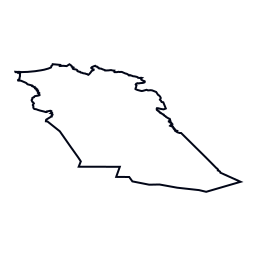 Húnavatnshreppur, Norðurland vestra, Iceland
{"feature_id": "244011B27584551294957", "entity_name": "Húnavatnshreppur", "entity_type": "district", "adm_level": 2, "iso_a3": "ISL", "parent_name": "Iceland", "parent_adm1": "Norðurland vestra", "projection": "equal_earth", "projection_center": [-19.834, 65.207], "detail": "fine", "context": "isolated", "style": "outline", "palette": "ink", "viewbox_px": 256, "rotation_deg": 0, "n_neighbors": 0, "source": "geoboundaries", "source_scale": "gbopen_adm2", "svg_char_len": 5171}
<svg xmlns="http://www.w3.org/2000/svg" viewBox="0 0 256 256"><path d="M116.2,176.9L129.2,177.0L132.4,181.4L149.2,184.7L159.5,184.5L177.2,187.7L199.0,190.1L206.2,191.8L240.6,181.8L220.4,172.7L220.2,171.9L220.0,171.6L219.3,171.2L218.6,170.6L217.8,170.4L217.8,170.2L218.0,169.5L217.7,169.2L217.4,168.9L216.8,168.3L216.5,168.2L206.1,157.7L181.1,133.0L179.6,133.0L177.9,132.4L177.4,132.3L176.8,131.9L177.1,131.7L177.0,131.4L176.6,131.0L176.6,130.9L176.4,130.9L176.5,130.8L176.4,130.7L176.2,130.7L176.4,130.6L176.1,130.5L175.9,130.5L175.7,130.5L175.6,130.4L175.3,130.5L174.8,130.1L174.8,129.8L174.7,129.7L174.9,129.5L174.8,129.4L174.5,129.3L174.6,129.1L174.1,128.8L174.3,128.7L174.0,128.4L173.8,127.9L173.6,127.8L173.5,127.6L173.3,127.5L173.1,127.1L172.8,127.0L172.8,126.9L172.5,126.8L172.5,126.7L172.0,126.4L171.7,126.3L172.2,126.1L171.6,125.6L171.0,125.5L171.3,125.3L170.7,125.2L170.9,125.0L170.8,124.9L170.4,124.9L170.8,124.8L170.4,124.7L171.2,124.6L171.4,124.6L171.6,124.2L171.4,124.0L171.4,123.9L171.9,123.7L171.4,123.2L171.1,122.7L170.7,122.6L171.0,122.3L170.8,122.1L170.1,121.9L169.1,121.7L168.8,121.6L168.8,121.3L169.3,121.2L170.0,120.7L169.6,120.4L169.6,120.2L170.0,119.8L169.8,119.3L169.9,119.2L169.7,118.8L168.9,118.6L167.9,118.0L167.4,117.8L166.8,117.3L166.1,117.0L165.5,116.2L164.7,115.9L164.2,115.4L163.8,115.2L163.5,114.9L163.6,114.6L162.0,113.8L161.8,113.6L161.1,113.3L161.1,113.1L160.9,112.9L160.1,112.7L160.1,112.4L159.3,112.0L159.1,111.7L159.1,111.4L158.3,111.1L157.7,110.5L157.0,110.1L156.8,109.8L156.8,109.5L157.2,109.2L156.8,109.0L156.7,108.9L156.8,108.4L156.9,108.2L157.9,108.2L160.7,108.9L163.1,109.3L163.7,109.3L164.4,109.1L165.8,108.5L163.3,102.3L161.7,102.0L161.3,101.6L161.1,100.9L159.9,99.7L160.7,98.3L160.7,97.8L160.1,96.6L159.0,95.4L158.0,94.8L156.2,92.0L152.2,90.4L151.7,90.3L150.5,90.2L148.0,90.4L146.6,89.8L142.7,90.9L141.5,91.0L140.6,90.8L137.6,90.0L136.1,89.4L135.5,89.1L135.5,88.5L135.7,88.0L135.8,87.7L136.1,87.2L136.3,85.7L136.5,85.3L136.4,85.2L135.9,84.9L135.7,84.5L135.8,84.4L136.1,84.1L136.3,83.9L136.3,83.7L137.4,83.2L138.9,83.4L139.6,83.2L143.0,82.9L144.2,82.5L144.6,82.3L144.8,81.7L144.6,81.2L143.6,80.9L142.6,80.5L141.2,79.5L141.2,79.1L141.5,78.1L141.8,77.9L141.4,77.8L140.7,77.8L139.9,78.0L138.2,77.8L137.8,77.6L137.7,77.3L136.9,76.9L134.7,76.4L132.9,76.2L131.6,75.6L131.0,75.6L130.5,75.2L129.9,75.2L129.1,75.5L128.8,75.2L128.7,74.9L128.4,74.9L127.4,74.1L126.4,73.7L125.4,73.5L124.7,73.2L122.0,72.0L121.4,71.9L119.6,72.0L118.5,71.8L117.1,72.1L114.5,72.1L114.3,71.9L114.5,71.3L114.3,71.0L114.0,70.8L114.1,70.6L112.7,70.5L111.2,70.1L110.6,70.1L108.4,70.4L105.1,70.5L105.0,70.3L105.1,70.2L102.8,69.4L101.0,68.6L99.9,68.6L99.2,68.3L98.8,68.3L98.7,68.2L98.8,68.0L98.4,67.8L98.3,67.5L97.8,67.4L97.4,67.2L97.3,66.9L97.0,66.6L96.2,66.5L95.9,66.3L95.5,66.2L95.4,66.0L95.2,65.8L94.0,66.2L91.9,67.1L91.3,67.7L91.2,67.9L91.3,68.0L92.2,68.3L92.3,69.1L92.6,69.3L93.8,69.5L94.5,69.4L94.0,69.6L93.4,70.1L92.1,70.8L91.5,71.1L91.3,71.4L91.0,72.0L89.5,73.8L89.0,74.3L88.4,74.8L87.6,74.5L87.4,74.3L87.2,74.1L86.2,74.0L85.5,73.6L83.5,73.3L82.7,73.1L82.2,72.8L80.6,72.5L80.3,72.3L80.3,72.0L80.1,71.8L78.6,71.6L77.6,71.2L77.4,71.0L77.5,70.6L77.1,70.1L76.7,69.8L75.6,69.4L74.7,69.3L73.2,69.0L73.0,68.8L73.2,68.4L72.6,67.9L72.6,67.6L73.1,67.3L71.7,66.7L71.6,66.3L71.7,66.1L71.6,65.9L70.6,65.1L69.4,64.3L66.7,66.1L63.1,65.8L60.3,66.0L60.3,65.8L59.9,65.8L60.2,64.9L52.8,64.2L52.8,64.4L52.6,64.8L51.4,66.0L51.4,66.5L51.1,66.9L51.0,67.4L50.8,67.6L49.9,67.9L48.5,68.5L44.2,69.7L41.0,70.3L35.1,71.2L27.6,71.9L21.3,72.1L18.8,71.8L18.3,71.9L17.9,72.0L17.4,71.9L15.4,71.8L15.5,72.1L15.8,72.2L17.5,72.1L18.3,72.1L18.4,72.3L18.0,72.6L18.0,72.8L19.0,72.9L20.1,73.3L20.0,73.5L19.8,73.8L20.0,74.5L19.9,74.8L20.0,75.6L19.9,76.6L19.6,77.4L19.5,78.7L19.4,78.9L18.3,79.8L18.0,80.1L18.1,80.5L18.6,80.6L20.2,80.6L21.2,80.8L25.2,82.5L26.4,83.1L27.0,83.8L27.6,84.3L32.4,85.6L32.7,86.0L32.5,86.3L33.1,86.5L33.3,86.5L33.5,86.8L34.3,87.1L34.2,87.2L34.4,87.4L34.7,87.4L34.8,87.3L35.0,87.7L34.8,87.8L34.9,88.2L35.2,88.3L35.5,88.2L36.3,88.4L36.6,88.8L36.3,89.1L37.1,89.4L37.0,89.8L37.3,90.2L37.2,90.3L37.5,90.4L37.2,90.7L37.4,90.8L37.6,91.0L37.9,91.2L37.8,91.4L38.1,91.6L38.4,92.1L38.2,92.3L38.9,92.7L38.8,92.8L38.7,93.0L39.0,93.3L39.1,93.6L38.8,93.7L39.1,93.9L39.0,94.1L39.3,94.3L39.2,94.6L39.5,94.9L39.5,95.2L37.8,95.7L36.7,95.8L34.8,96.2L34.5,96.5L34.1,96.8L34.0,97.2L33.3,97.5L32.7,97.7L32.3,98.0L32.2,99.3L31.7,99.9L31.6,100.2L32.3,101.8L33.0,102.3L33.4,102.6L33.9,103.5L33.1,104.3L32.8,104.9L32.8,105.2L33.4,106.1L33.3,107.5L33.4,107.8L33.9,108.6L34.5,109.0L36.4,109.3L37.6,109.8L39.8,110.5L44.3,111.6L45.1,111.9L46.0,112.1L46.8,112.0L47.0,111.7L46.9,111.4L47.1,111.3L47.9,111.3L50.0,110.8L50.4,110.9L50.7,110.8L50.9,110.9L50.8,111.0L51.0,111.3L51.0,111.5L51.2,111.8L51.4,112.1L51.6,112.1L51.8,112.4L51.3,112.9L51.3,113.0L51.0,113.0L50.9,113.1L51.2,113.2L51.0,113.3L51.3,113.4L51.2,113.5L51.5,113.7L51.7,113.9L52.1,114.2L52.2,114.5L52.5,114.8L51.5,115.8L51.6,116.0L51.8,116.4L51.8,116.5L50.9,116.8L46.3,119.6L46.0,120.1L45.9,121.3L47.5,121.5L59.8,131.3L70.5,146.6L78.4,157.7L80.8,161.4L78.7,166.7L119.8,166.8L116.2,176.9Z" fill="none" stroke="#020617" stroke-width="2"/></svg>